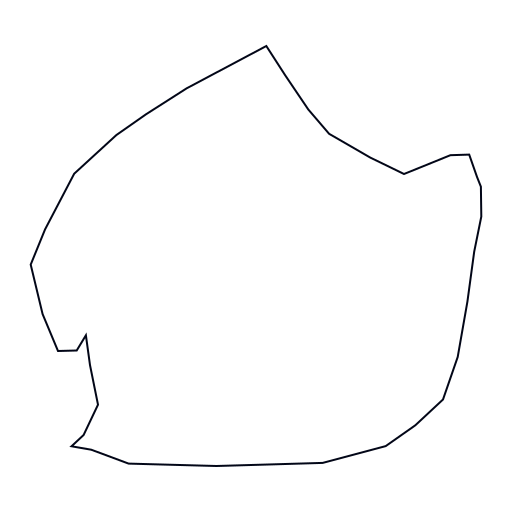 the district of Male', Malé, Maldives
{"feature_id": "70690204B12193603739109", "entity_name": "Male'", "entity_type": "district", "adm_level": 2, "iso_a3": "MDV", "parent_name": "Maldives", "parent_adm1": "Malé", "projection": "equal_earth", "projection_center": [73.509, 4.176], "detail": "fine", "context": "isolated", "style": "outline", "palette": "ink", "viewbox_px": 512, "rotation_deg": 0, "n_neighbors": 0, "source": "geoboundaries", "source_scale": "gbopen_adm2", "svg_char_len": 556}
<svg xmlns="http://www.w3.org/2000/svg" viewBox="0 0 512 512"><path d="M216.4,466.0L264.8,464.6L322.7,462.9L385.7,446.1L415.3,425.3L443.0,399.5L457.7,357.0L467.4,301.7L474.2,251.7L481.3,216.6L480.9,186.7L477.0,176.9L469.2,154.6L450.4,155.2L404.0,174.0L370.3,157.6L329.1,133.8L308.3,109.5L285.2,75.3L266.3,46.0L186.7,88.3L146.0,114.3L116.3,135.1L74.2,173.7L45.1,229.3L30.7,264.6L42.6,314.1L58.0,351.0L76.7,350.5L85.9,335.3L90.0,365.1L98.0,404.7L83.6,435.0L71.5,446.3L91.2,449.7L128.6,463.6L216.4,466.0Z" fill="none" stroke="#020617" stroke-width="2"/></svg>